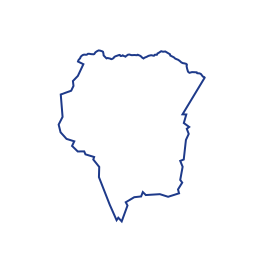 the district of Sevier, Tennessee, United States of America, rotated 211°
{"feature_id": "52423323B91175482939714", "entity_name": "Sevier", "entity_type": "district", "adm_level": 2, "iso_a3": "USA", "parent_name": "United States of America", "parent_adm1": "Tennessee", "projection": "mercator", "projection_center": [-83.473, 35.803], "detail": "fine", "context": "isolated", "style": "outline", "palette": "blue", "viewbox_px": 256, "rotation_deg": 211, "n_neighbors": 0, "source": "geoboundaries", "source_scale": "gbopen_adm2", "svg_char_len": 1833}
<svg xmlns="http://www.w3.org/2000/svg" viewBox="0 0 256 256"><g transform="rotate(211 128 128)"><path d="M189.2,95.2L183.6,89.6L175.1,87.0L167.2,88.9L166.7,83.8L159.0,82.0L153.5,85.4L150.9,83.5L142.1,85.7L141.5,83.1L132.6,79.8L127.6,70.9L104.1,52.8L90.3,43.1L90.1,46.1L85.3,44.7L88.5,61.3L91.7,63.2L87.0,71.9L81.5,76.1L82.3,80.7L78.2,79.7L66.6,87.7L58.2,89.7L50.6,98.3L53.5,101.1L53.4,109.1L56.5,110.4L61.2,122.9L66.3,126.7L64.0,129.7L72.2,147.6L72.9,154.2L77.2,157.6L76.1,160.4L82.7,161.0L85.0,169.6L88.3,167.8L88.2,210.6L88.8,210.9L89.7,210.6L91.0,210.9L93.2,211.8L94.7,211.7L95.6,211.3L96.0,211.0L97.0,210.6L97.8,211.1L101.9,208.9L103.7,207.0L104.9,207.0L105.8,207.4L107.9,209.3L109.8,211.4L110.0,212.4L110.4,212.8L111.4,212.9L113.1,212.4L114.2,211.9L116.0,211.7L118.0,212.1L120.0,212.3L123.2,211.8L125.2,212.2L129.1,211.9L129.9,212.8L135.4,212.8L137.3,211.4L139.1,210.9L140.5,208.0L141.1,207.1L140.9,205.8L141.0,205.6L142.0,205.1L142.8,204.5L142.8,203.6L143.2,203.2L145.7,202.3L147.6,200.4L148.6,198.7L150.1,196.7L150.5,195.6L151.8,195.6L154.4,196.2L157.4,195.8L157.6,195.6L157.8,195.0L160.2,193.8L161.9,192.6L162.6,192.2L164.6,191.7L165.7,190.9L166.9,188.3L166.9,187.9L169.3,187.5L169.9,187.6L170.3,186.8L171.2,186.0L171.6,185.9L172.1,186.3L172.8,186.3L173.1,186.1L175.6,183.1L176.2,182.1L176.4,181.3L176.4,180.5L176.9,179.5L177.5,178.6L178.2,178.3L178.7,178.4L181.5,177.5L182.3,176.6L186.2,177.6L187.2,178.9L188.6,180.4L189.3,180.5L191.6,180.0L193.1,179.4L194.1,177.9L194.9,176.1L195.0,174.1L195.4,173.5L197.7,172.3L199.3,171.7L200.5,171.0L201.1,169.6L202.2,168.9L203.4,168.3L204.3,167.3L205.0,165.8L205.2,163.9L204.9,163.1L205.2,161.9L205.4,161.1L205.3,160.1L205.1,159.2L199.1,159.7L197.8,146.8L199.4,139.9L196.4,136.0L195.9,130.7L202.9,122.1L189.8,103.8L189.2,95.2Z" fill="none" stroke="#1e3a8a" stroke-width="2"/></g></svg>